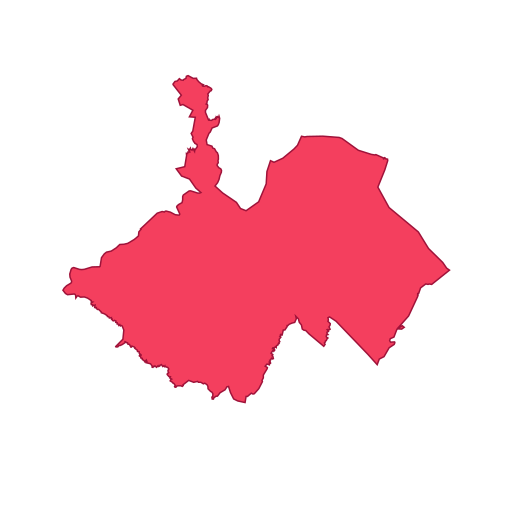 outline of Eduardo Neri, Guerrero, Mexico, rotated 305°
{"feature_id": "50627088B91024651909161", "entity_name": "Eduardo Neri", "entity_type": "district", "adm_level": 2, "iso_a3": "MEX", "parent_name": "Mexico", "parent_adm1": "Guerrero", "projection": "albers", "projection_center": [-99.66, 17.814], "detail": "fine", "context": "isolated", "style": "filled", "palette": "rose", "viewbox_px": 512, "rotation_deg": 305, "n_neighbors": 0, "source": "geoboundaries", "source_scale": "gbopen_adm2", "svg_char_len": 6148}
<svg xmlns="http://www.w3.org/2000/svg" viewBox="0 0 512 512"><g transform="rotate(305 256 256)"><path d="M118.3,132.5L120.6,132.5L121.4,133.0L121.6,135.8L124.0,138.9L124.9,142.1L125.0,146.6L124.0,147.3L124.6,148.6L122.9,148.0L122.2,148.3L121.7,149.1L122.4,150.3L121.5,150.9L123.5,152.3L121.3,153.4L122.2,154.8L121.5,155.1L121.3,156.8L122.0,157.7L121.4,161.3L120.8,161.8L121.7,165.0L121.8,168.5L121.2,169.0L121.8,170.4L121.1,171.4L122.4,172.7L121.9,172.8L122.1,173.8L121.2,174.1L121.5,174.6L120.9,175.6L121.3,176.8L122.1,177.0L122.4,178.6L121.2,179.2L121.7,180.6L120.7,181.2L121.1,181.9L120.4,183.6L121.7,183.8L121.0,185.1L121.8,185.6L121.9,186.6L119.5,190.2L111.5,194.7L101.4,193.0L101.2,193.5L102.3,194.9L104.1,195.1L104.7,196.0L106.7,197.2L109.8,198.4L110.7,197.8L110.9,198.2L110.8,200.0L111.3,200.5L110.3,201.7L111.0,203.1L109.6,205.7L109.8,206.1L111.0,206.0L111.6,208.4L111.5,209.5L110.9,209.6L110.7,213.0L109.8,213.7L110.5,215.3L109.3,216.2L109.2,218.4L108.9,218.7L108.1,217.5L107.3,217.7L107.3,219.3L106.4,220.2L106.9,221.6L106.0,222.2L106.1,224.3L105.6,225.5L107.9,225.8L106.9,227.3L105.9,226.7L105.5,227.0L107.2,231.4L106.3,234.1L105.4,234.5L105.4,235.0L105.7,235.5L106.8,235.3L107.4,236.4L108.0,236.3L107.8,238.4L110.0,238.7L109.6,239.6L110.0,239.9L111.0,240.3L111.3,240.0L112.8,240.8L112.0,242.9L112.9,243.1L112.8,244.4L113.8,244.4L113.3,245.1L114.1,247.7L113.4,249.4L111.8,249.5L110.5,250.7L110.3,251.4L108.5,250.9L108.0,251.2L107.3,253.8L108.0,255.1L106.7,255.3L106.8,257.5L106.0,257.1L104.5,257.3L104.6,260.3L104.2,261.0L104.5,261.9L103.7,264.0L102.3,264.2L102.1,265.0L102.7,265.7L103.8,265.6L104.9,266.5L106.6,268.9L106.9,270.4L108.2,270.7L108.6,270.1L115.5,272.2L116.8,277.4L119.8,280.1L119.5,281.2L120.9,283.2L121.1,286.2L122.4,287.0L122.5,289.7L121.6,291.4L119.7,292.9L119.0,296.6L119.2,297.8L118.5,299.6L116.1,301.2L115.1,300.8L113.7,302.2L114.4,303.2L115.5,302.8L118.1,303.6L119.1,304.8L123.4,305.0L128.7,307.4L132.2,307.2L133.4,308.3L129.5,313.4L126.1,319.7L126.8,324.2L129.7,331.1L135.3,328.4L136.1,329.6L140.9,330.8L141.2,332.7L142.2,333.6L148.9,334.4L156.8,333.3L157.5,332.3L160.4,331.9L162.7,330.3L170.0,329.8L171.2,329.3L171.0,326.7L173.8,327.0L174.5,329.3L176.4,328.0L176.2,329.3L176.6,329.4L178.5,327.1L179.1,327.6L181.1,327.3L181.1,328.6L181.9,329.1L183.5,327.3L183.5,326.4L184.9,326.3L185.0,324.1L188.7,324.0L188.2,325.2L189.7,325.3L190.6,323.7L189.8,322.6L190.5,322.5L191.5,323.7L192.6,323.9L192.6,325.1L194.3,324.2L195.8,325.0L196.4,324.6L197.5,325.1L197.7,324.5L199.5,324.6L200.0,323.5L201.1,322.7L203.7,322.9L203.9,321.6L205.0,322.0L205.5,321.2L206.1,321.3L206.4,322.7L211.0,320.8L212.0,322.1L216.0,322.0L216.9,321.4L217.3,322.0L219.0,322.3L221.6,323.9L223.8,325.8L227.8,325.0L229.5,323.1L228.8,326.8L226.5,329.5L225.6,332.7L222.7,335.8L222.7,337.8L223.5,339.5L222.6,344.0L220.9,363.3L223.2,363.3L224.0,361.9L225.4,362.1L226.2,361.6L227.1,362.1L228.7,361.7L229.9,362.0L230.3,361.6L229.8,360.8L230.3,359.7L231.8,359.0L232.9,360.0L233.1,358.9L234.2,357.8L235.7,358.6L236.5,356.5L237.1,357.0L237.0,358.1L238.5,358.7L239.8,356.5L241.9,356.3L243.2,355.6L243.8,352.3L245.0,352.1L246.8,350.3L248.3,351.2L248.5,359.0L239.6,404.2L236.5,417.6L242.3,416.1L247.0,418.6L257.2,417.7L262.8,419.9L264.6,419.5L265.1,418.8L262.6,415.6L263.3,414.0L265.3,413.4L268.7,415.5L276.6,413.5L277.6,413.9L279.7,417.3L282.6,418.3L282.8,415.8L277.1,413.4L294.4,415.4L315.3,411.7L316.9,411.2L316.7,410.8L318.0,410.0L318.7,410.7L324.3,409.1L330.5,411.1L331.4,413.2L332.4,413.9L333.5,416.2L355.4,422.6L355.4,419.1L357.8,412.7L361.1,393.0L368.8,375.2L372.0,337.2L382.3,316.3L400.5,312.1L409.7,309.2L410.8,308.2L409.7,305.8L410.4,305.4L410.3,304.9L408.9,304.6L409.4,304.1L407.8,296.0L407.0,295.5L405.4,292.2L401.3,279.2L401.6,259.1L400.8,256.1L392.4,241.9L383.2,229.3L381.5,227.6L380.2,224.6L370.5,226.5L365.3,225.7L351.5,221.9L343.1,217.0L342.4,213.2L331.5,216.5L320.9,223.0L301.9,227.1L287.4,221.9L286.0,216.1L288.7,209.2L288.5,192.5L289.8,182.3L294.0,182.5L297.5,181.8L301.2,180.3L304.7,179.6L306.4,178.6L307.2,177.1L307.0,174.9L307.8,172.3L308.8,171.6L310.7,171.6L312.4,170.1L313.7,169.7L316.7,167.5L318.4,165.2L318.6,163.6L320.1,160.5L319.6,158.7L320.7,156.9L319.2,152.0L322.5,148.7L329.5,147.1L331.3,147.4L335.7,146.6L340.4,149.8L341.9,149.8L344.2,149.2L347.9,147.3L349.3,145.5L348.0,145.9L347.6,145.1L348.0,144.5L347.2,144.2L347.2,143.7L346.0,144.5L345.9,143.7L344.8,144.2L344.8,143.6L344.2,143.6L343.1,142.3L341.6,141.8L340.3,139.6L341.0,139.2L340.4,138.8L344.6,132.3L346.3,131.1L349.8,131.1L351.8,129.9L352.1,129.4L351.9,128.0L352.9,128.2L354.9,127.1L356.6,127.1L357.9,125.7L360.2,124.8L361.0,123.6L364.6,123.8L365.8,124.5L367.2,124.2L367.6,122.9L367.4,120.0L366.9,119.6L367.3,118.6L366.9,117.4L365.2,116.1L364.6,114.8L364.7,114.4L366.1,114.7L365.6,112.3L365.9,109.1L366.7,106.2L367.5,105.3L365.5,102.7L364.8,96.9L363.3,95.9L361.3,96.7L359.0,95.5L358.2,95.6L357.2,93.7L357.3,91.5L354.2,91.1L352.5,89.5L349.3,89.4L348.8,89.8L344.9,102.6L340.0,102.2L336.0,107.5L338.2,109.3L339.2,120.7L331.8,121.6L334.8,126.7L322.0,132.6L319.2,132.6L317.2,136.3L315.6,136.6L313.8,139.5L313.8,140.5L313.2,141.3L313.5,143.8L311.9,145.2L307.3,145.2L306.4,145.7L306.9,144.6L308.0,143.9L307.4,143.4L307.8,142.7L306.0,142.9L306.0,141.1L306.7,140.4L305.2,140.4L304.6,140.9L304.6,139.5L303.0,142.0L302.2,140.6L300.7,141.2L300.2,140.1L298.5,141.5L288.3,146.4L281.7,140.6L278.8,149.2L280.9,157.4L277.1,167.8L276.4,174.5L275.1,173.7L274.1,172.1L271.9,165.1L270.9,163.9L264.3,161.5L262.7,161.8L259.8,163.8L257.3,164.8L253.6,163.0L251.3,162.6L250.6,162.9L246.8,169.3L246.2,169.7L245.3,169.5L243.5,166.2L242.8,160.7L241.3,156.7L240.7,156.0L239.5,155.7L238.6,153.6L234.4,150.5L212.0,145.9L211.9,146.5L208.6,146.2L205.0,148.2L199.7,146.8L192.8,143.7L189.9,141.1L187.3,137.8L182.4,136.8L177.0,134.6L173.4,131.3L170.7,130.5L166.0,130.4L158.2,134.2L157.5,134.1L153.0,128.0L146.6,123.0L144.9,121.0L143.8,119.1L142.0,113.3L140.6,112.3L139.1,112.2L134.4,113.8L132.0,115.8L129.7,119.3L128.7,119.9L127.5,119.9L123.0,117.9L119.7,117.3L117.2,117.5L116.0,121.4L116.2,123.8L120.6,128.9L120.8,129.9L120.3,130.8L118.3,132.5Z" fill="#f43f5e" stroke="#9f1239" stroke-width="1.5"/></g></svg>